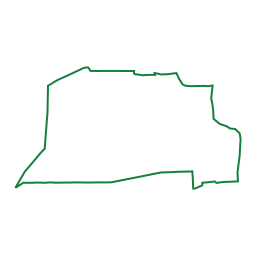 Nazareno Etla, Oaxaca, Mexico
{"feature_id": "50627088B30693965136566", "entity_name": "Nazareno Etla", "entity_type": "district", "adm_level": 2, "iso_a3": "MEX", "parent_name": "Mexico", "parent_adm1": "Oaxaca", "projection": "mercator", "projection_center": [-96.827, 17.182], "detail": "fine", "context": "isolated", "style": "outline", "palette": "green", "viewbox_px": 256, "rotation_deg": 0, "n_neighbors": 0, "source": "geoboundaries", "source_scale": "gbopen_adm2", "svg_char_len": 1526}
<svg xmlns="http://www.w3.org/2000/svg" viewBox="0 0 256 256"><path d="M218.1,122.6L213.6,118.9L213.2,111.0L212.4,104.2L211.2,98.3L212.6,85.6L211.2,85.7L209.8,86.0L208.5,86.2L203.1,85.9L199.6,86.0L194.2,86.1L191.2,86.2L187.3,85.9L185.5,85.7L183.7,85.0L182.9,84.6L182.2,83.9L178.9,78.5L177.3,74.9L176.4,73.1L167.7,74.2L160.7,74.4L159.1,74.0L156.1,73.3L154.6,73.0L155.1,74.9L153.4,74.8L145.9,75.0L144.4,75.1L143.9,75.3L142.5,75.2L140.8,74.9L135.1,74.2L134.7,74.1L134.3,73.9L134.2,73.6L134.1,73.3L134.0,72.6L134.0,71.0L126.0,71.0L109.1,70.9L97.7,71.0L90.5,70.9L88.2,67.4L84.3,67.7L70.4,74.2L57.4,80.1L48.0,85.8L47.5,112.2L44.7,148.7L40.4,153.2L28.2,167.7L25.0,171.3L15.4,187.8L23.5,182.7L26.9,182.8L29.6,182.8L32.2,182.8L35.5,182.6L38.0,182.6L40.9,182.6L43.9,182.8L47.1,182.6L51.3,182.4L54.7,182.7L58.7,182.7L62.6,182.6L66.2,182.5L71.0,182.6L73.4,182.4L84.3,182.5L91.6,182.5L98.5,182.4L107.2,182.4L110.9,182.3L111.2,182.3L113.3,181.9L113.7,181.8L115.0,181.6L120.0,180.6L136.2,177.4L137.8,177.1L140.9,176.5L148.8,174.9L151.5,174.3L151.7,174.2L152.0,174.2L161.5,172.4L166.0,172.3L170.6,172.2L175.7,171.9L178.0,171.8L180.4,171.7L190.5,171.5L192.3,171.4L192.8,178.0L193.2,188.6L194.3,188.6L195.7,188.3L197.1,187.6L202.1,185.5L202.4,182.7L206.7,182.4L214.8,181.5L216.4,182.9L223.2,182.0L223.6,182.0L235.6,181.5L237.2,181.4L237.9,181.4L237.7,176.2L237.5,172.5L237.6,171.6L239.7,155.1L240.2,145.4L240.6,139.3L239.7,133.4L235.1,129.0L230.1,128.5L226.5,126.2L219.6,123.9L218.1,122.6Z" fill="none" stroke="#15803d" stroke-width="2"/></svg>